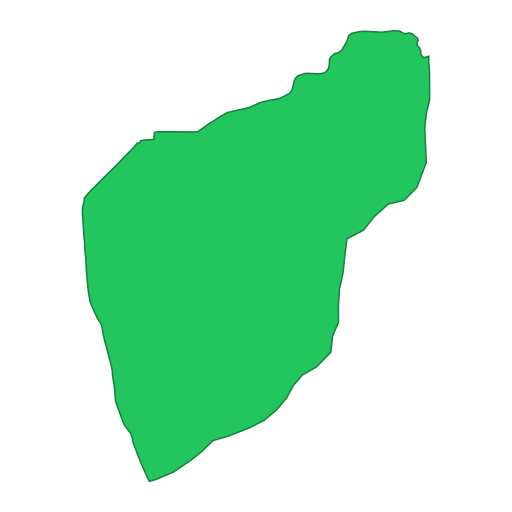 the district of Debubawi Mibrak, Maekel, Eritrea
{"feature_id": "51966322B67298310056264", "entity_name": "Debubawi Mibrak", "entity_type": "district", "adm_level": 2, "iso_a3": "ERI", "parent_name": "Eritrea", "parent_adm1": "Maekel", "projection": "mercator", "projection_center": [38.948, 15.319], "detail": "fine", "context": "isolated", "style": "filled", "palette": "green", "viewbox_px": 512, "rotation_deg": 0, "n_neighbors": 0, "source": "geoboundaries", "source_scale": "gbopen_adm2", "svg_char_len": 2324}
<svg xmlns="http://www.w3.org/2000/svg" viewBox="0 0 512 512"><path d="M414.4,35.9L412.5,33.7L408.4,32.9L405.6,34.0L402.2,32.6L399.8,31.0L393.0,30.7L390.4,31.2L382.0,32.2L365.8,31.3L361.6,31.4L357.5,32.0L351.4,33.4L348.7,35.7L346.8,41.7L341.5,50.4L338.4,52.7L334.5,53.7L330.3,57.4L329.5,59.3L329.2,65.8L328.2,68.8L326.2,71.5L323.8,73.1L320.7,73.6L316.2,73.8L311.6,73.5L305.7,73.3L300.9,74.8L297.6,75.9L295.2,78.6L294.1,81.6L292.7,87.1L292.0,89.8L289.8,93.3L286.4,95.0L281.7,97.5L279.5,98.4L274.0,99.6L268.4,100.5L260.3,102.5L253.7,105.5L249.1,107.6L239.1,109.9L236.6,110.4L227.5,112.5L222.9,115.0L220.2,116.7L216.5,118.9L213.0,121.3L210.0,123.0L207.5,124.8L197.5,131.8L190.6,131.9L184.7,131.9L179.9,131.9L175.0,131.7L169.8,131.7L162.9,131.7L158.8,131.7L154.5,132.3L153.9,136.4L154.1,139.4L146.6,139.9L140.7,140.6L139.5,143.1L137.0,143.2L133.6,147.6L127.6,153.5L117.1,164.4L115.2,166.3L110.5,171.0L108.0,173.4L103.6,177.7L98.7,182.7L93.7,187.7L91.0,190.3L88.1,193.6L84.3,198.2L84.0,201.6L83.1,205.3L82.5,208.5L82.4,211.1L82.4,213.6L82.7,217.7L82.9,220.8L83.1,223.0L83.3,226.5L83.5,229.8L83.8,233.8L84.0,237.0L84.7,243.3L84.8,248.1L85.1,251.7L85.2,254.2L85.7,256.9L85.9,260.6L86.4,270.7L87.1,279.0L88.5,292.8L89.0,295.5L89.9,300.9L91.3,304.7L92.5,307.4L94.4,311.8L96.1,315.5L97.5,318.2L98.7,320.3L100.9,323.6L101.8,326.5L102.8,331.5L103.3,335.3L104.1,338.1L104.9,341.9L105.8,344.8L107.2,350.4L108.4,354.4L109.3,358.3L111.0,364.5L111.8,368.3L112.3,370.9L112.5,375.2L114.4,387.3L114.9,392.3L115.2,397.1L115.4,399.6L115.9,402.3L118.9,410.7L121.4,417.5L122.9,421.5L123.9,424.1L125.8,426.9L130.6,433.4L132.2,437.4L132.7,441.8L134.1,445.3L135.8,449.7L137.9,455.2L139.1,458.3L140.9,462.6L143.4,468.5L145.9,474.1L147.6,477.8L149.3,481.3L154.2,480.0L157.0,479.0L164.8,475.7L173.0,472.3L190.5,460.5L201.8,451.5L213.0,440.6L228.3,436.1L249.5,427.8L264.0,420.4L276.4,410.1L286.7,397.8L293.5,385.3L302.3,375.1L316.6,366.8L330.8,352.2L332.6,335.9L338.5,322.3L338.4,305.8L339.5,288.7L343.0,273.0L344.9,255.2L347.0,238.8L363.3,230.3L374.4,216.5L388.3,204.1L404.1,200.3L416.8,187.6L426.3,162.4L424.7,127.9L426.4,113.4L429.6,99.6L429.6,85.2L429.5,70.9L428.7,61.6L428.8,56.2L425.6,57.3L423.3,57.5L420.8,54.4L420.8,50.8L419.4,47.5L417.2,45.6L417.0,41.8L418.4,40.6L417.4,38.1L414.4,35.9Z" fill="#22c55e" stroke="#15803d" stroke-width="1.5"/></svg>